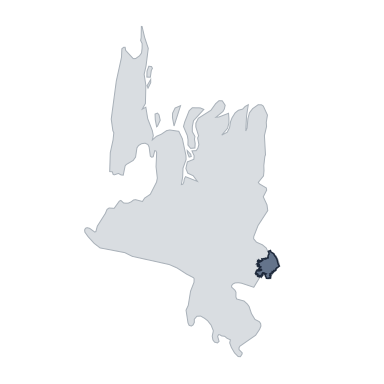 Nawabganj, Rajshahi, Bangladesh (highlighted), rotated 194°
{"feature_id": "16705992B76725860359822", "entity_name": "Nawabganj", "entity_type": "district", "adm_level": 2, "iso_a3": "BGD", "parent_name": "Bangladesh", "parent_adm1": "Rajshahi", "projection": "robinson", "projection_center": [88.409, 24.691], "detail": "fine", "context": "in_parent", "style": "filled", "palette": "slate", "viewbox_px": 384, "rotation_deg": 194, "n_neighbors": 0, "source": "geoboundaries", "source_scale": "gbopen_adm2", "svg_char_len": 8647}
<svg xmlns="http://www.w3.org/2000/svg" viewBox="0 0 384 384"><g transform="rotate(194 192 192)"><path d="M135.5,273.6L135.4,264.3L129.7,245.9L129.9,243.9L128.7,235.0L127.3,230.1L126.5,224.9L130.0,217.4L128.6,216.2L120.9,213.9L120.0,211.9L121.7,204.6L116.1,197.6L114.0,192.3L119.8,175.5L121.3,163.7L120.9,161.5L117.3,158.9L110.9,157.8L106.4,155.6L103.8,152.3L101.6,151.0L98.8,151.9L95.3,150.6L92.4,147.4L89.9,143.4L90.9,139.0L95.5,128.6L97.2,128.3L101.2,130.3L102.7,130.3L105.4,126.2L109.0,114.5L121.9,115.5L125.0,115.2L128.2,114.2L129.9,112.8L130.9,110.9L130.6,109.3L126.6,107.1L125.1,105.4L124.0,100.8L122.8,99.0L115.1,98.8L111.1,96.6L108.9,94.7L104.9,88.4L100.1,83.6L95.4,82.5L93.6,81.0L92.7,78.6L93.2,75.1L95.6,68.4L108.3,53.9L108.7,52.2L108.2,50.4L104.4,48.1L104.2,46.9L105.2,43.9L107.4,43.5L111.8,46.2L116.2,50.7L118.9,54.7L119.0,57.9L122.5,58.5L125.4,59.9L128.4,59.5L130.4,60.2L131.7,60.0L132.2,58.1L129.6,53.6L130.8,51.7L133.8,51.8L135.9,53.5L137.5,57.0L137.7,62.5L141.2,67.4L145.7,70.9L149.3,72.5L153.6,73.7L157.2,72.6L159.0,69.1L158.2,66.0L158.8,63.3L160.2,61.8L162.5,61.9L164.2,64.0L169.2,75.9L168.2,81.1L169.4,95.4L168.2,104.9L169.0,108.5L169.8,109.2L177.3,111.0L188.2,114.7L196.6,116.1L234.3,115.1L242.5,116.9L267.7,115.5L274.5,118.5L282.0,123.5L286.2,127.1L287.0,129.2L286.6,131.0L285.2,132.0L282.6,132.0L276.7,129.6L275.7,130.3L275.6,136.0L270.9,150.2L270.2,154.6L268.6,156.4L263.6,157.3L260.3,165.6L259.0,166.6L255.7,164.8L253.7,165.1L251.1,165.8L248.6,167.8L246.8,170.1L244.9,170.9L237.8,170.8L236.5,174.6L231.9,179.7L228.8,193.0L229.0,197.1L233.0,207.8L235.8,221.6L236.8,223.0L238.1,223.2L238.2,216.8L239.5,216.0L241.1,216.7L244.5,225.3L246.3,227.4L249.3,228.0L252.6,226.7L255.1,224.2L256.1,221.5L255.2,212.2L256.7,208.4L262.4,202.8L263.2,201.1L262.8,191.7L265.0,191.4L267.9,192.2L271.5,189.9L272.7,189.9L274.2,192.3L276.8,191.9L280.8,210.4L281.2,223.4L282.2,230.6L283.6,232.3L288.0,243.2L292.3,281.4L293.0,305.7L294.7,314.0L293.3,315.9L291.9,316.2L290.6,313.3L281.3,307.2L279.0,307.8L275.9,311.4L274.6,314.7L275.2,319.4L276.3,324.0L278.5,326.6L278.7,329.5L281.2,340.4L280.5,340.5L275.4,330.6L269.2,320.8L267.1,303.2L266.9,294.6L262.6,284.4L258.6,266.6L260.3,260.4L257.3,263.1L252.7,252.4L245.4,242.0L243.2,237.4L243.1,232.9L240.0,237.4L235.8,240.6L231.5,245.4L228.6,246.8L219.5,247.7L214.2,241.3L206.6,225.7L205.6,222.1L206.5,213.0L204.7,204.3L204.1,196.6L202.8,197.3L202.3,199.4L202.6,202.6L202.0,205.3L189.3,203.6L194.8,208.1L200.6,209.2L203.6,213.3L203.8,220.1L198.1,224.2L198.7,227.7L202.0,231.9L198.0,233.1L196.9,235.8L196.8,239.7L199.6,245.8L199.2,248.1L204.0,256.0L204.9,259.8L203.7,265.1L193.4,275.9L190.4,283.5L187.9,287.1L184.7,287.8L180.8,284.2L180.7,280.4L181.5,277.5L186.9,270.3L184.0,271.3L175.6,277.2L174.0,272.4L172.9,268.0L172.9,262.5L176.9,254.4L172.3,258.5L171.1,263.5L171.6,269.5L171.1,273.7L169.3,279.2L166.8,282.5L162.9,284.7L161.1,287.9L158.5,290.3L157.5,279.2L154.6,264.2L154.0,267.4L155.5,276.7L155.4,282.8L153.3,287.6L148.9,292.7L145.6,293.4L143.6,292.6L137.4,284.9L136.8,277.6L135.5,273.6ZM212.1,273.8L204.4,275.6L200.5,275.0L207.8,261.5L207.5,255.5L206.3,250.6L202.6,246.6L202.4,243.8L200.7,240.0L199.8,235.4L203.9,234.0L207.3,236.6L208.5,241.7L210.2,245.6L216.1,253.5L216.0,258.3L214.4,270.2L212.1,273.8ZM228.7,269.4L224.0,273.0L225.4,251.7L229.0,259.6L229.9,263.8L228.7,269.4ZM246.7,258.7L244.6,260.2L242.7,258.9L240.2,253.9L241.4,247.6L242.1,246.7L245.1,253.2L246.7,258.7ZM264.3,303.6L261.6,303.9L260.3,302.4L260.9,300.2L260.2,293.3L263.6,292.6L264.9,298.4L264.3,303.6ZM261.3,284.3L259.3,291.2L258.5,288.1L259.8,282.1L261.3,284.3ZM205.9,228.9L206.7,231.1L202.4,228.3L201.3,226.2L203.2,225.2L205.9,228.9Z" fill="#d9dde1" stroke="#a8b0b8" stroke-width="1"/><path d="M106.3,126.0L106.2,126.0L106.3,126.3L106.5,126.3L106.4,126.4L106.6,126.6L106.6,126.8L106.3,127.2L106.2,127.2L106.0,127.3L105.8,127.4L105.5,127.1L105.3,127.2L105.2,127.0L105.1,126.9L105.0,126.6L104.9,126.7L104.7,126.6L104.8,126.8L104.6,127.0L104.3,127.1L103.9,127.3L104.0,127.6L103.8,127.8L103.8,128.0L103.7,127.9L103.7,128.0L103.7,128.3L103.8,128.4L103.6,128.4L103.4,128.5L103.3,128.4L103.2,128.4L103.2,128.6L103.4,129.1L103.6,129.1L103.6,129.5L103.8,129.4L104.1,129.4L104.2,129.8L104.0,130.0L103.9,130.5L103.6,130.5L103.6,130.8L103.3,130.9L103.1,130.6L103.1,130.4L103.1,130.2L102.9,130.2L102.9,130.4L102.7,130.3L102.5,130.5L102.3,130.8L102.2,130.7L102.1,130.4L102.2,130.1L101.8,129.9L101.5,130.1L101.5,129.9L101.3,129.8L101.2,130.0L101.1,129.8L101.1,129.5L100.9,129.5L100.8,129.8L100.7,130.5L100.3,130.5L100.5,130.2L100.6,129.7L100.6,128.6L100.5,128.3L100.3,128.0L100.1,127.9L99.5,127.3L99.3,126.9L99.0,126.4L98.9,126.3L97.9,126.4L97.2,126.7L96.9,126.7L96.6,127.0L96.6,126.9L96.4,126.8L96.3,127.0L96.2,127.0L95.9,127.2L95.9,127.4L95.8,127.6L95.5,127.7L95.3,127.6L95.0,127.5L95.1,128.6L95.5,128.8L95.7,129.0L95.8,129.3L95.7,129.4L96.0,129.5L96.3,129.7L96.4,129.8L96.3,130.0L96.2,130.0L96.2,129.9L95.9,129.8L95.6,130.2L95.8,130.2L95.8,130.3L96.0,130.4L96.1,130.5L95.9,130.8L96.2,131.2L96.5,131.2L96.6,131.3L96.4,131.4L96.1,131.5L96.1,131.9L96.0,132.0L95.9,131.9L95.6,132.0L95.5,131.8L95.4,131.9L95.3,132.3L95.1,132.3L95.1,132.6L94.8,132.8L94.8,132.6L94.7,132.6L94.8,133.0L94.8,133.6L94.9,134.2L94.7,134.2L94.3,133.5L94.3,133.3L93.8,133.8L93.5,134.5L93.6,135.5L93.1,135.5L92.8,135.4L92.3,136.1L92.1,135.9L91.9,136.1L92.0,136.2L91.9,136.4L92.2,136.5L91.8,137.0L92.1,137.4L91.7,138.5L91.4,138.8L91.3,139.1L91.0,139.1L90.7,139.4L89.3,141.3L89.9,141.9L90.1,142.2L90.7,142.5L91.2,143.5L91.9,144.6L92.0,144.9L92.5,145.7L92.8,146.5L93.2,147.0L93.5,147.5L94.6,148.7L95.1,149.3L95.5,149.7L95.9,149.8L96.5,150.3L97.1,150.9L97.3,151.2L97.3,151.5L97.6,151.8L98.2,152.1L98.9,152.2L99.9,152.6L100.5,152.7L101.1,153.1L101.3,153.5L101.5,153.9L101.8,154.2L103.0,153.1L103.4,153.1L103.5,152.6L102.8,151.9L102.6,151.4L102.5,151.2L102.4,150.9L102.3,150.2L102.6,149.6L102.7,148.8L102.6,147.8L102.2,146.9L102.2,146.6L102.4,146.6L102.3,146.4L102.5,146.3L102.9,146.4L103.4,145.9L103.6,145.4L104.1,145.5L104.6,145.1L104.6,144.8L104.8,144.6L105.0,144.8L105.1,145.0L105.2,144.8L105.3,144.6L105.7,144.6L105.8,144.8L106.1,144.8L106.3,144.6L106.5,144.5L107.0,144.3L107.2,144.0L107.6,144.0L107.5,143.9L107.3,143.6L107.4,143.2L107.5,143.0L107.8,143.0L107.9,142.8L107.9,142.6L107.5,142.3L107.4,142.3L107.6,142.1L108.1,142.2L108.1,141.8L108.0,141.5L108.1,141.4L108.4,141.3L108.7,141.6L109.1,141.6L109.1,141.8L109.4,141.8L109.5,141.6L109.8,141.8L109.9,141.7L110.1,141.8L110.3,141.7L110.5,141.9L110.5,141.4L110.7,141.2L111.0,141.4L111.0,141.0L111.5,141.1L111.4,140.9L111.5,140.6L111.4,140.6L111.1,140.6L111.0,140.8L110.6,140.7L110.5,140.9L110.1,140.7L109.8,141.2L109.4,141.1L109.0,140.8L109.2,140.4L109.4,140.5L109.6,140.4L109.9,140.5L110.1,140.6L110.3,140.4L110.2,140.3L110.5,140.1L110.5,139.9L110.5,139.6L110.4,139.4L110.6,139.2L110.9,139.1L110.9,138.8L111.2,138.7L111.4,138.0L111.5,137.9L111.2,137.9L110.7,137.6L110.5,137.9L110.2,137.9L109.9,137.8L109.7,138.1L109.3,138.0L109.3,137.6L109.5,137.2L109.0,137.1L109.1,136.6L109.6,136.5L109.9,136.6L109.9,137.2L110.1,137.2L110.3,137.4L110.6,137.2L110.8,137.3L110.7,137.1L110.5,136.7L110.8,136.1L110.7,136.0L110.4,135.9L110.2,136.0L110.1,135.9L109.9,136.3L109.6,136.3L109.6,136.2L109.0,136.0L109.1,135.7L108.9,135.7L108.6,135.7L108.5,135.8L108.1,135.7L107.8,136.1L107.1,136.1L107.1,135.9L107.4,135.8L107.3,135.5L107.6,135.3L107.9,135.3L108.0,135.1L107.9,134.8L108.0,134.7L108.2,134.2L108.3,134.3L108.5,133.8L108.5,133.7L108.7,133.4L108.7,133.2L108.2,133.3L108.2,133.5L107.9,133.6L107.8,133.4L107.7,133.2L107.4,133.4L107.2,133.3L107.1,133.2L107.1,132.9L107.5,132.9L107.4,132.7L107.5,132.5L107.3,132.5L107.0,132.5L107.3,132.5L107.2,132.9L106.9,132.9L106.7,133.1L106.6,133.3L106.4,133.3L106.3,133.6L106.1,133.7L105.8,133.5L105.9,132.9L106.0,132.9L106.0,133.1L106.3,133.0L106.5,133.1L106.7,132.8L106.4,132.7L106.6,132.6L106.9,132.5L106.9,132.4L106.8,132.2L107.1,132.0L107.2,132.3L107.4,132.2L107.5,132.0L107.8,132.1L107.7,132.3L108.2,132.5L108.4,132.1L109.1,132.1L109.0,131.9L108.8,131.6L108.6,131.6L108.8,131.3L109.2,131.5L109.5,131.8L109.7,132.2L109.9,132.2L110.0,131.9L109.9,131.3L110.0,131.2L110.4,130.9L110.4,130.7L110.5,130.6L110.5,130.4L110.5,130.1L110.5,129.9L110.4,129.8L110.4,129.6L110.3,129.4L110.3,129.2L110.6,129.1L110.7,128.6L110.6,128.4L110.7,128.2L110.3,127.8L110.0,127.8L109.7,127.4L109.2,127.7L108.8,127.7L108.9,128.1L109.2,128.2L109.2,128.4L109.1,128.5L108.8,128.5L108.6,128.4L108.3,128.3L108.0,127.9L108.0,127.7L107.9,127.6L108.0,127.2L108.2,126.6L108.1,126.2L107.8,126.0L107.6,126.0L107.4,126.0L107.0,126.2L106.9,126.1L106.5,126.3L106.3,126.0Z" fill="#64748b" stroke="#1e293b" stroke-width="1.5"/></g></svg>